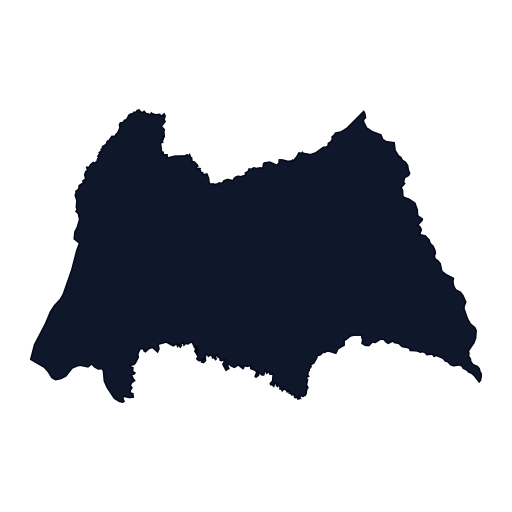 the district of Yan Ta Khao, Trang, Thailand
{"feature_id": "78962969B81181946303710", "entity_name": "Yan Ta Khao", "entity_type": "district", "adm_level": 2, "iso_a3": "THA", "parent_name": "Thailand", "parent_adm1": "Trang", "projection": "robinson", "projection_center": [99.737, 7.427], "detail": "fine", "context": "isolated", "style": "filled", "palette": "ink", "viewbox_px": 512, "rotation_deg": 0, "n_neighbors": 0, "source": "geoboundaries", "source_scale": "gbopen_adm2", "svg_char_len": 6074}
<svg xmlns="http://www.w3.org/2000/svg" viewBox="0 0 512 512"><path d="M30.7,359.4L44.2,367.2L48.2,371.6L51.9,377.7L55.5,379.7L60.8,378.6L65.8,376.1L72.1,368.1L77.9,365.6L81.0,365.4L88.0,366.9L91.0,364.4L92.1,364.3L94.4,366.8L98.2,369.0L101.9,368.6L103.4,370.9L104.3,381.0L107.1,387.4L114.3,398.3L119.5,401.5L122.5,402.2L124.1,401.4L122.8,398.3L123.5,396.3L129.6,397.6L133.3,397.2L132.9,393.6L131.0,393.3L130.2,392.2L130.2,390.6L132.0,387.7L130.1,385.4L131.8,382.6L134.7,380.6L133.0,378.5L131.4,374.4L133.9,374.2L135.0,372.9L132.5,371.5L133.0,367.7L130.4,366.7L130.2,365.3L133.8,364.6L135.4,363.0L138.3,357.3L137.8,354.1L140.0,348.9L143.3,348.7L144.1,351.0L145.4,351.8L148.9,348.6L152.4,347.4L157.6,352.0L159.0,348.9L158.1,344.3L166.3,342.1L173.3,345.9L176.5,343.8L177.6,346.4L178.5,344.9L180.3,347.2L181.6,345.3L180.6,344.2L183.1,342.5L184.0,345.2L185.8,343.4L188.0,344.0L190.2,342.4L192.4,342.5L194.6,347.7L195.3,347.9L195.9,346.3L197.5,347.1L195.9,348.6L194.8,351.1L196.1,353.2L196.5,351.6L195.8,350.6L197.7,349.2L198.2,349.6L196.9,353.9L198.1,357.7L197.9,358.5L196.8,358.4L197.2,359.5L199.3,360.8L202.4,360.2L201.6,362.0L203.6,362.6L205.5,360.7L205.4,359.0L203.5,358.7L205.3,357.6L206.0,354.2L207.0,354.2L208.4,356.3L210.1,354.9L212.5,356.4L212.5,357.9L214.2,357.7L215.5,359.6L216.3,358.9L215.3,356.5L217.4,354.7L217.7,356.7L219.8,358.0L220.2,360.3L221.3,360.7L225.0,359.6L222.9,364.4L226.0,370.3L228.9,368.5L227.5,365.7L229.0,363.9L230.9,365.8L234.4,367.4L238.3,364.9L243.0,368.7L243.8,367.6L243.3,365.7L247.5,366.4L250.4,365.5L250.8,368.6L254.9,370.2L256.8,372.0L255.1,376.4L256.0,377.2L258.6,375.3L258.4,372.1L262.1,375.1L263.8,374.9L265.3,369.2L266.7,373.3L269.3,371.6L270.0,374.3L272.6,374.2L273.1,374.9L272.5,381.2L270.3,383.3L270.6,384.7L272.2,384.8L273.8,386.3L274.6,382.6L275.8,382.7L276.5,385.6L277.5,386.4L278.0,384.1L280.0,387.1L279.9,389.0L281.8,389.2L282.2,390.8L284.1,389.0L286.3,390.1L287.1,391.9L288.9,390.5L289.1,393.1L290.6,393.0L291.5,394.8L294.3,394.7L294.6,397.1L295.4,397.7L296.9,397.2L298.3,399.7L298.0,398.1L299.3,398.5L299.1,397.0L300.2,397.8L299.8,396.6L300.5,395.5L303.0,396.5L303.9,395.5L305.1,395.6L306.2,393.5L306.3,391.8L305.7,391.0L306.6,390.7L307.0,388.5L308.0,387.8L306.5,384.7L307.6,379.8L306.7,378.8L306.7,377.2L308.7,376.3L307.4,374.3L308.2,373.2L307.6,371.5L309.3,370.7L309.2,368.3L310.3,367.9L311.2,366.3L310.2,365.0L313.8,363.1L316.8,357.8L317.1,355.8L320.5,354.8L323.4,351.8L324.8,352.5L326.6,351.2L329.2,351.2L335.8,353.3L338.1,348.7L344.2,345.2L344.2,339.8L345.6,339.9L350.5,336.0L353.9,335.2L361.7,335.2L361.8,337.6L362.7,339.3L362.0,343.4L365.4,345.4L368.9,345.6L372.3,342.0L375.3,342.5L380.6,339.1L384.3,339.6L385.5,341.6L388.2,343.4L392.7,341.1L394.5,342.6L398.9,343.5L402.1,346.6L408.4,347.8L409.7,348.8L410.2,350.5L416.6,350.8L420.7,352.3L422.3,351.6L425.2,352.7L426.8,354.7L432.4,354.2L434.2,356.5L436.1,355.4L443.1,358.3L445.4,361.1L447.5,361.5L450.7,364.8L453.8,365.8L459.4,364.9L462.4,366.4L463.1,368.2L466.6,369.9L468.7,372.1L471.5,373.2L474.4,375.7L479.2,382.0L480.5,380.3L481.3,376.3L481.1,373.3L480.2,372.4L479.3,368.7L477.2,366.3L472.9,364.6L470.5,360.9L470.5,359.1L468.5,355.8L469.0,353.5L468.4,350.9L474.0,342.7L475.6,338.1L476.2,330.6L474.9,327.7L470.4,323.9L467.5,318.8L464.0,308.7L464.2,305.9L465.8,302.1L463.1,295.8L460.4,292.2L455.6,289.7L453.6,285.9L452.9,281.6L453.5,278.3L446.1,274.6L441.9,271.3L440.2,263.6L437.7,260.5L435.2,259.0L434.3,255.5L435.4,253.6L435.1,250.8L433.1,246.2L430.6,243.9L429.2,241.1L429.4,240.2L425.2,235.8L419.6,234.6L421.3,229.9L420.4,227.4L417.9,224.9L422.0,220.5L422.4,219.0L417.7,215.7L417.3,209.8L414.9,203.1L408.9,199.1L404.1,197.4L402.8,195.8L402.6,190.6L401.1,187.4L404.7,183.6L403.6,182.3L404.6,177.7L408.5,175.5L409.7,173.3L408.3,169.9L407.7,165.6L405.5,162.2L402.4,160.3L400.9,157.5L398.5,155.8L395.1,150.4L394.2,142.7L386.2,141.6L382.8,139.5L380.9,134.8L372.6,131.8L366.6,127.9L363.4,121.3L363.7,119.5L365.5,117.7L364.9,113.7L363.7,111.4L347.0,128.2L341.0,131.9L335.5,133.0L333.8,135.6L332.1,136.7L332.2,139.7L330.4,142.2L328.4,143.2L327.9,146.1L325.7,147.3L323.5,147.2L315.6,152.9L310.3,154.6L303.2,153.3L302.4,152.3L301.5,153.4L299.0,152.8L296.6,157.0L292.8,161.3L292.3,160.2L291.4,161.0L287.7,161.3L282.6,159.9L279.2,159.8L279.1,162.4L277.1,165.3L269.8,162.1L264.2,162.9L263.4,164.2L262.9,168.2L259.9,167.8L256.8,168.5L253.7,167.8L251.3,169.3L249.1,168.9L248.3,171.2L245.3,173.0L245.6,175.2L240.6,176.7L238.2,176.2L235.8,177.0L234.0,178.5L233.1,180.7L227.7,179.4L224.0,180.7L222.2,183.3L218.9,182.9L217.7,183.9L214.1,184.5L213.6,183.9L210.2,184.1L209.0,182.4L208.7,178.6L207.0,174.0L202.8,174.7L202.7,172.7L200.5,172.7L200.8,171.3L199.8,169.7L200.2,168.6L199.0,168.4L197.8,169.6L198.0,168.6L196.8,168.2L196.5,166.6L197.8,166.2L197.5,165.2L194.4,161.9L192.1,161.8L191.6,157.7L190.5,157.2L189.7,154.7L189.0,155.8L187.0,154.7L185.1,155.9L174.8,156.1L167.8,157.9L167.2,157.5L167.1,154.7L163.6,154.9L163.1,152.1L161.6,151.9L160.5,142.9L162.7,142.3L162.2,139.5L163.2,139.4L163.4,137.1L164.3,136.9L163.9,131.2L164.4,129.7L161.3,126.4L165.1,121.6L164.1,119.4L165.2,115.9L164.1,113.8L161.4,116.3L159.6,114.3L155.4,114.8L153.5,113.9L152.7,114.3L151.4,112.9L149.9,115.1L148.4,113.9L146.3,113.7L144.1,111.3L143.1,112.2L141.2,112.4L138.9,109.8L137.1,110.5L135.5,112.7L134.1,112.1L132.1,114.3L131.4,113.8L129.2,114.8L126.4,119.8L124.9,120.0L122.7,122.6L120.4,122.9L119.4,124.8L119.9,127.5L119.1,129.9L117.2,133.4L115.8,134.5L116.1,135.1L114.4,136.4L111.9,136.3L108.8,140.8L107.4,141.1L106.1,144.4L102.4,146.7L102.8,148.4L101.2,149.2L101.1,151.6L99.2,152.4L99.7,153.6L97.8,156.4L98.8,157.2L98.5,158.5L97.7,158.6L96.8,162.0L95.8,162.1L95.0,163.4L93.3,162.4L90.5,164.7L89.3,167.1L86.6,167.3L87.8,171.2L85.9,171.3L84.7,174.6L85.6,179.1L82.9,180.8L83.3,182.9L79.2,185.5L78.7,189.1L75.9,191.2L76.2,192.2L75.2,195.3L76.9,200.5L76.3,207.2L77.1,209.2L76.0,211.5L78.3,213.5L79.6,219.4L77.3,227.1L74.9,231.8L74.2,238.9L79.5,243.2L76.7,250.6L71.8,269.7L63.3,294.1L60.5,299.1L54.4,305.7L50.4,311.9L45.5,323.6L34.5,344.7L30.7,359.4Z" fill="#0f172a" stroke="#020617" stroke-width="1.5"/></svg>